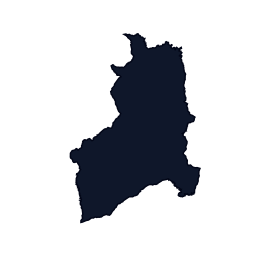 outline of Tha Wang Pha, Nan, Thailand, rotated 246°
{"feature_id": "78962969B57935377717299", "entity_name": "Tha Wang Pha", "entity_type": "district", "adm_level": 2, "iso_a3": "THA", "parent_name": "Thailand", "parent_adm1": "Nan", "projection": "natural_earth1", "projection_center": [100.731, 19.144], "detail": "fine", "context": "isolated", "style": "filled", "palette": "ink", "viewbox_px": 256, "rotation_deg": 246, "n_neighbors": 0, "source": "geoboundaries", "source_scale": "gbopen_adm2", "svg_char_len": 5849}
<svg xmlns="http://www.w3.org/2000/svg" viewBox="0 0 256 256"><g transform="rotate(246 128 128)"><path d="M128.4,65.2L125.0,63.6L123.9,63.4L122.0,64.4L119.9,64.1L118.8,64.4L118.2,65.5L118.3,66.9L117.0,67.9L115.9,67.8L115.4,68.2L114.9,67.9L114.0,68.2L112.3,68.1L110.9,67.2L109.4,67.8L107.6,65.2L107.1,65.0L107.0,62.5L106.2,62.0L106.0,62.6L104.7,62.6L104.5,61.8L104.0,61.8L103.6,60.9L102.4,59.9L101.3,59.8L100.7,59.0L99.3,59.0L99.0,58.2L97.6,58.5L97.4,57.9L96.8,58.5L96.3,58.3L95.9,58.7L95.3,58.1L94.6,58.5L93.9,57.7L92.7,58.9L92.2,58.7L92.4,58.4L91.7,58.2L92.0,57.7L91.5,57.4L90.8,57.7L88.6,57.3L87.6,56.8L87.4,57.1L86.2,56.5L85.6,56.9L84.9,56.3L83.7,56.5L83.3,55.7L82.6,56.5L81.9,56.5L81.0,55.7L81.6,55.0L81.6,54.6L80.2,55.3L80.0,54.6L78.2,53.6L77.2,53.4L76.6,53.9L75.1,53.7L74.1,52.9L72.5,53.2L67.4,51.6L66.8,50.5L63.8,49.7L62.6,47.4L60.9,46.6L60.6,48.1L60.5,52.2L60.0,54.5L60.7,58.3L59.9,59.6L60.0,62.0L59.0,63.1L58.9,64.1L58.2,65.4L57.6,67.6L58.2,69.7L57.9,73.4L57.2,73.7L55.9,75.7L56.5,77.4L58.3,79.9L59.2,82.2L60.0,83.0L60.5,85.0L61.6,86.1L62.7,87.9L62.7,88.8L62.3,89.8L62.9,91.5L62.8,93.2L63.5,94.3L64.7,101.1L63.3,104.4L63.6,106.3L63.2,107.4L63.2,109.5L64.9,112.1L65.0,113.6L65.7,113.6L66.3,114.4L66.2,116.9L67.3,120.0L67.7,122.8L67.6,124.7L66.8,126.5L66.0,127.3L65.9,129.3L65.1,130.6L65.1,132.5L65.5,133.0L66.0,137.0L66.4,138.1L66.2,138.5L65.3,142.5L65.3,143.7L65.0,143.8L64.8,144.3L64.1,144.1L64.2,144.5L61.5,146.4L61.1,146.3L60.4,147.2L59.8,146.8L59.7,148.5L59.6,147.3L59.3,147.7L58.5,147.4L58.2,148.2L57.3,147.3L56.6,147.6L56.9,147.2L56.6,146.9L55.8,147.3L55.5,148.0L54.6,148.5L53.1,148.5L53.3,149.4L52.3,150.2L51.3,149.7L51.3,150.5L50.6,150.3L50.6,150.9L50.0,150.5L49.9,151.5L49.2,150.8L47.7,150.5L47.9,150.1L47.6,149.2L47.9,148.7L47.4,147.6L46.1,146.6L44.8,147.1L44.6,147.9L43.8,148.4L43.8,148.8L43.0,149.9L43.3,150.5L43.0,151.0L43.1,152.2L43.0,152.6L44.3,152.8L44.1,153.1L44.5,153.2L44.1,153.7L44.1,154.2L43.4,154.6L43.5,155.5L43.1,155.4L42.7,156.0L42.4,155.8L41.9,156.3L41.8,156.9L42.2,156.9L41.6,158.2L40.9,159.0L41.3,159.4L42.7,159.4L42.9,159.7L41.1,160.6L41.1,161.4L42.2,161.7L41.9,162.4L44.7,163.8L45.9,165.2L47.9,166.4L48.5,168.2L51.0,170.5L53.2,171.4L55.4,173.6L57.2,173.9L59.7,175.2L61.8,177.3L63.7,175.0L64.2,173.5L65.4,171.8L66.6,170.9L68.7,170.1L69.3,167.7L71.6,167.6L74.4,169.0L76.8,168.7L78.7,169.2L81.6,167.9L82.2,168.0L83.5,169.3L84.7,172.0L85.3,172.7L87.3,173.0L89.9,175.5L91.6,176.4L94.2,176.1L95.7,176.3L96.4,176.0L96.8,176.3L97.1,175.7L98.9,175.1L99.9,175.9L100.8,175.5L100.6,176.7L101.2,176.8L101.2,178.0L102.0,179.1L101.7,180.0L102.4,180.0L103.3,181.0L103.9,181.1L104.2,181.8L105.1,182.1L105.7,183.1L106.5,183.2L107.0,184.0L107.9,184.4L108.1,186.1L107.6,186.8L107.8,188.5L107.4,190.4L108.5,191.8L109.6,192.2L110.6,193.5L111.0,193.5L111.6,192.9L113.1,192.1L114.6,190.5L115.7,189.8L117.1,190.4L119.4,189.5L120.9,190.2L121.6,190.1L121.9,190.5L124.7,190.5L125.0,191.4L125.8,192.0L126.0,191.4L126.7,191.7L128.6,190.2L129.4,190.0L129.9,191.9L131.9,193.0L132.6,193.2L133.4,192.7L134.0,193.2L136.3,193.4L138.5,195.1L138.9,194.5L139.9,194.4L140.7,195.8L143.5,195.8L145.5,196.8L145.8,197.3L148.0,198.6L148.2,199.1L148.9,199.4L149.1,199.9L149.6,199.8L149.6,200.1L152.6,201.5L153.8,202.5L157.2,202.2L157.8,202.7L159.3,202.9L160.4,203.5L161.8,203.7L162.7,204.2L163.5,203.9L164.9,204.4L165.9,203.8L168.7,204.7L170.3,204.3L170.8,204.9L170.8,205.4L171.9,206.5L172.6,206.2L172.4,204.9L173.0,204.4L174.8,207.8L175.6,207.4L176.7,207.5L177.3,206.1L177.7,206.0L179.0,207.6L179.0,209.2L180.0,209.4L179.8,207.8L179.1,206.6L181.9,205.2L181.6,204.2L180.5,203.3L180.3,202.9L181.0,202.6L182.1,203.2L182.6,203.1L182.8,202.5L182.5,200.7L183.2,200.6L184.6,199.8L185.8,201.9L186.2,201.9L186.4,201.6L186.0,200.7L186.5,199.8L188.2,198.7L188.8,199.4L189.7,199.7L190.4,198.7L191.3,198.0L191.1,197.2L190.2,196.8L189.4,195.2L190.2,194.0L190.0,193.5L189.4,193.3L189.2,192.3L189.7,191.2L189.7,189.9L190.2,189.3L191.0,189.5L191.3,188.8L191.0,188.4L191.2,187.7L190.4,187.0L190.1,185.2L191.3,183.1L191.2,181.8L191.8,180.5L191.6,179.5L191.9,178.7L193.0,178.0L195.2,177.3L195.8,177.4L196.1,178.0L197.0,177.4L197.4,178.4L197.9,178.3L198.4,178.7L198.9,177.8L200.2,178.5L200.7,177.5L202.9,179.7L203.2,178.7L205.0,178.2L205.3,177.2L206.0,176.5L206.4,176.8L207.4,176.6L207.8,176.0L209.1,175.5L209.7,175.6L210.2,174.9L210.1,173.6L209.5,173.0L209.9,172.1L209.6,171.6L209.9,170.4L210.9,169.5L211.3,168.4L212.9,167.3L213.4,165.4L214.7,164.3L215.1,162.5L212.9,164.1L212.1,164.3L211.6,164.9L210.7,164.6L207.6,166.2L206.8,166.1L206.1,166.5L204.9,165.5L203.5,165.7L203.0,164.4L198.3,163.5L196.3,162.1L194.6,161.5L191.5,162.6L188.7,160.1L188.7,159.5L188.0,159.0L187.5,157.9L187.2,156.7L187.5,155.7L187.0,155.2L187.4,154.6L186.7,154.1L187.0,153.9L186.8,153.4L187.0,152.9L185.9,151.4L184.9,148.6L185.8,147.5L186.6,145.5L186.4,144.8L187.2,144.5L188.2,142.3L190.3,140.4L191.2,140.4L191.9,139.9L191.6,137.9L188.1,137.6L186.8,138.3L185.0,138.3L184.6,138.9L183.8,138.8L182.1,139.9L181.2,139.3L180.5,139.8L179.8,141.3L178.9,142.0L177.6,142.3L177.4,141.8L177.3,140.1L173.5,133.6L171.9,132.5L170.6,129.4L169.6,129.6L169.4,128.8L168.4,127.8L168.4,127.1L165.7,126.4L164.0,126.9L163.4,126.7L161.7,126.8L160.5,127.4L159.0,127.2L158.2,127.6L154.8,126.4L151.8,126.8L150.6,126.4L147.1,126.3L144.3,127.3L142.3,125.2L142.4,124.0L141.5,123.5L141.0,120.5L139.4,118.4L138.7,116.4L136.3,115.2L136.2,114.6L134.9,113.5L134.5,112.7L135.6,110.9L136.6,109.9L135.8,107.7L136.5,106.9L136.4,105.5L134.8,100.3L134.0,99.6L134.2,98.4L133.8,97.7L134.1,97.0L133.2,96.7L132.9,96.2L133.2,93.7L132.6,92.1L131.4,91.7L131.0,90.3L131.2,89.8L133.9,88.6L134.1,87.0L133.5,85.5L134.8,83.8L134.9,82.9L134.2,81.2L133.0,81.1L132.7,80.2L131.8,79.7L130.5,78.3L129.3,78.0L128.8,77.2L128.8,75.9L128.1,73.4L129.8,72.8L130.2,72.3L129.5,70.4L130.0,67.8L128.4,65.2Z" fill="#0f172a" stroke="#020617" stroke-width="1.5"/></g></svg>